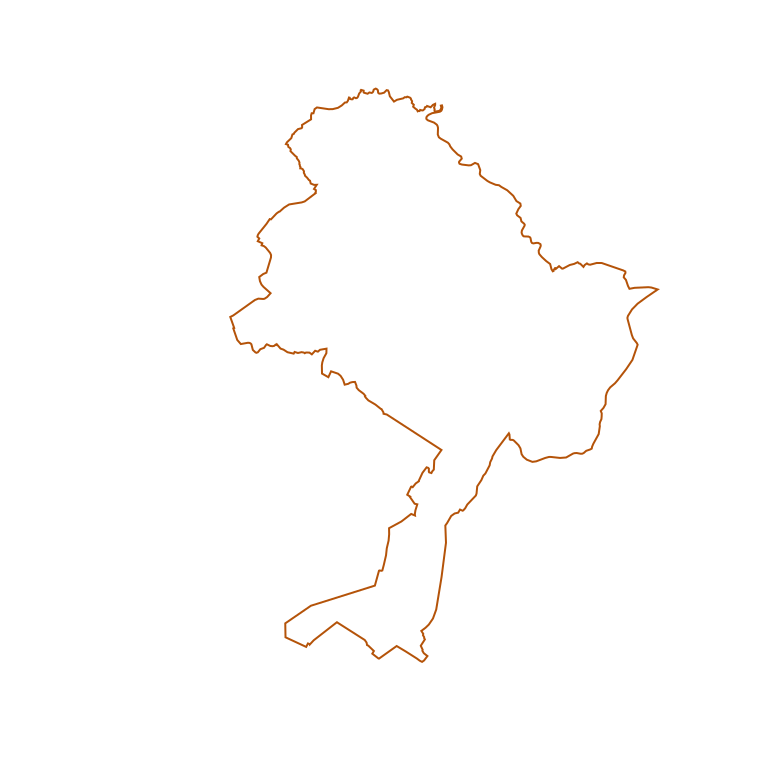 Mueang Chai Nat, Chai Nat, Thailand (orthographic projection), rotated 122°
{"feature_id": "78962969B26983912705039", "entity_name": "Mueang Chai Nat", "entity_type": "district", "adm_level": 2, "iso_a3": "THA", "parent_name": "Thailand", "parent_adm1": "Chai Nat", "projection": "orthographic", "projection_center": [100.119, 15.184], "detail": "fine", "context": "isolated", "style": "outline", "palette": "amber", "viewbox_px": 768, "rotation_deg": 122, "n_neighbors": 0, "source": "geoboundaries", "source_scale": "gbopen_adm2", "svg_char_len": 6166}
<svg xmlns="http://www.w3.org/2000/svg" viewBox="0 0 768 768"><g transform="rotate(122 384 384)"><path d="M192.7,588.8L194.9,588.2L198.2,586.1L207.8,590.8L209.5,589.5L210.7,589.4L213.4,592.0L218.5,593.2L219.6,593.0L220.9,593.9L224.6,592.9L230.5,594.4L232.5,594.3L232.0,592.2L233.6,590.8L233.7,588.8L234.4,587.4L236.1,586.7L237.6,580.1L237.7,578.3L238.8,577.5L239.8,574.7L240.9,573.1L242.4,572.3L242.7,571.6L243.8,570.8L244.1,570.0L245.5,569.3L245.0,568.3L244.9,566.8L246.0,564.6L247.4,563.9L248.4,562.1L249.2,561.4L249.8,558.5L250.8,555.8L250.8,554.5L252.8,552.4L252.2,548.8L250.7,546.6L255.7,546.7L255.7,544.5L257.2,543.6L258.1,543.6L258.3,543.1L271.2,548.0L273.6,550.0L282.0,559.6L287.4,562.2L293.2,563.9L293.6,564.4L296.3,565.5L304.3,567.1L304.7,568.3L310.4,568.5L322.9,570.0L324.7,569.9L326.2,569.4L326.7,566.9L329.8,566.7L329.1,561.8L331.3,561.3L330.7,559.1L330.9,556.7L333.2,550.0L334.5,548.1L336.6,546.9L351.9,542.7L354.7,544.7L359.4,546.5L362.5,543.7L364.6,540.6L365.5,537.7L367.1,528.3L372.2,529.2L375.0,530.5L375.9,531.5L378.2,535.8L381.2,538.0L405.8,548.2L408.6,549.9L415.9,540.7L416.7,541.3L424.4,531.8L426.0,526.6L421.1,521.2L420.4,519.8L420.3,518.6L420.6,517.5L424.6,513.3L425.3,509.9L425.2,508.8L424.0,507.8L420.0,507.3L416.9,504.9L413.3,504.7L412.4,504.4L412.0,500.6L411.0,498.5L409.8,497.3L408.1,496.8L408.1,496.2L407.1,496.0L408.8,490.5L408.1,487.4L408.2,482.7L406.1,476.7L404.2,476.8L403.3,473.4L400.7,470.8L399.8,468.6L399.9,467.5L398.6,466.8L396.9,463.9L397.1,460.9L392.3,460.0L391.6,457.2L388.9,456.4L384.5,451.5L388.4,449.2L394.1,448.9L398.3,447.8L401.1,446.6L408.0,442.1L407.7,434.8L401.3,435.6L399.6,428.4L400.1,425.1L402.1,420.9L405.4,417.0L402.8,414.4L400.9,413.5L399.2,411.9L397.6,409.7L399.9,406.6L401.6,405.3L402.6,402.1L403.1,396.1L404.0,393.5L404.7,393.5L405.3,392.0L406.2,388.6L406.0,380.4L406.8,373.5L406.6,372.8L408.4,369.4L409.5,368.6L408.4,365.5L409.5,300.3L422.0,301.0L430.2,296.4L432.5,296.8L434.4,296.6L435.0,298.9L434.6,299.5L432.0,301.1L431.7,302.1L432.1,303.7L438.9,304.3L447.7,303.2L448.0,302.9L451.5,304.4L456.3,305.0L456.4,306.3L456.8,306.6L465.6,305.6L465.6,302.2L466.0,302.3L469.3,294.6L468.4,292.0L474.5,290.4L478.0,288.9L479.1,288.0L479.8,292.1L491.4,296.4L503.6,303.3L508.7,300.0L514.4,297.1L521.8,294.6L528.2,291.5L537.5,288.3L543.0,286.6L543.7,287.1L544.6,289.1L545.0,289.3L559.8,284.9L610.8,328.5L639.3,340.9L651.0,333.3L648.2,310.7L644.3,311.0L644.0,309.3L644.3,308.9L638.6,307.8L611.0,297.7L611.3,264.7L612.5,261.8L614.4,260.0L614.2,258.7L615.8,251.1L618.9,251.0L619.7,243.3L619.5,242.7L599.5,234.4L599.3,223.9L599.4,210.6L599.7,207.1L599.5,204.5L597.2,203.5L591.7,203.0L591.2,207.6L589.9,210.1L588.9,210.4L586.5,214.1L578.9,214.0L578.3,215.2L577.4,215.8L576.4,217.8L575.1,218.3L573.6,221.5L568.7,219.6L564.3,218.5L556.9,218.2L547.6,220.2L517.2,232.9L485.8,247.3L471.5,257.0L468.4,256.8L460.3,257.1L456.4,255.5L453.8,252.9L450.2,253.0L449.8,250.2L449.2,249.8L446.4,249.3L442.1,249.5L429.9,247.0L427.8,247.5L421.4,250.7L413.9,250.5L409.1,251.2L406.2,250.6L397.0,251.3L394.0,252.5L389.9,252.9L388.0,253.6L380.6,253.8L359.6,252.0L360.3,250.9L364.4,247.9L364.3,247.1L363.2,245.2L363.1,244.0L364.6,237.5L366.3,234.2L370.6,230.1L371.9,227.3L372.5,222.8L371.4,216.9L368.9,213.9L361.3,208.1L358.5,205.5L357.5,204.0L353.4,195.5L349.8,190.6L342.8,186.8L341.7,185.8L340.4,184.0L339.0,180.4L338.1,179.0L336.8,178.1L333.5,177.1L330.3,174.5L328.7,173.6L326.9,174.3L323.7,174.8L312.7,175.4L305.4,178.6L303.9,179.8L301.7,180.6L298.6,181.0L296.4,182.1L293.5,183.8L292.0,185.9L288.1,185.2L283.7,185.4L276.6,189.5L273.5,190.4L270.5,190.7L267.0,190.4L261.0,188.5L257.3,187.9L243.2,186.5L231.9,186.1L216.7,189.6L216.3,189.7L215.3,191.3L213.3,196.9L211.1,199.8L200.1,211.6L199.0,212.6L197.0,213.2L189.3,213.2L181.5,211.5L170.9,207.3L158.8,202.0L160.5,208.4L161.8,211.1L169.6,222.4L173.2,226.3L171.5,229.1L167.5,234.0L166.5,237.2L164.6,238.0L161.8,238.1L160.7,239.0L160.9,241.3L166.0,263.4L168.6,267.7L173.6,272.4L174.3,274.1L174.2,275.8L176.8,276.9L179.0,276.9L178.0,281.3L178.4,282.3L178.1,284.3L181.4,286.4L184.6,289.5L191.3,293.4L191.8,294.1L191.3,298.0L195.4,299.3L194.9,300.1L195.1,300.4L197.6,300.5L198.3,300.1L199.0,300.6L197.9,302.8L194.2,306.7L193.8,311.6L192.7,317.4L191.6,321.0L190.7,322.2L188.9,323.5L184.4,324.1L183.3,324.6L182.5,325.5L182.6,327.9L183.5,329.5L185.6,331.8L186.0,333.1L185.4,334.5L182.6,337.1L182.2,338.1L182.4,339.6L184.7,343.6L184.6,344.9L183.5,346.7L182.6,347.6L180.7,348.4L175.2,348.7L174.3,349.1L173.8,350.1L173.3,353.6L170.8,356.2L170.4,360.5L169.4,362.1L164.5,362.7L160.5,362.4L158.7,364.0L158.7,368.6L155.9,374.1L154.4,382.2L154.7,388.9L154.5,391.8L155.9,394.9L156.9,401.1L157.0,403.9L156.2,412.4L155.1,414.1L151.6,415.7L147.7,420.7L148.3,424.0L152.4,426.2L153.7,428.0L156.6,434.2L157.2,436.6L156.5,437.7L155.6,438.1L151.7,437.5L150.2,439.1L150.3,443.2L148.7,450.2L147.4,453.7L146.1,455.6L145.5,457.7L145.9,465.9L145.7,468.2L143.9,470.6L138.2,473.9L136.9,475.2L136.1,476.6L135.8,480.1L137.1,486.4L136.9,488.2L136.3,488.9L135.2,489.4L133.7,489.3L132.1,488.8L128.8,486.7L123.5,480.9L122.0,480.2L120.5,480.3L118.3,481.1L117.0,482.5L117.8,483.3L119.2,481.8L121.8,481.4L123.2,482.0L126.1,485.2L125.9,485.5L125.1,486.3L124.2,486.6L123.1,488.0L120.2,488.5L119.3,489.1L121.3,490.4L124.6,491.1L125.4,494.8L126.1,494.7L127.7,495.9L129.1,495.3L131.2,495.9L131.8,496.6L132.4,498.6L133.7,498.5L134.1,499.4L134.9,499.9L133.9,501.5L133.9,503.0L133.4,506.2L131.4,506.7L130.9,509.4L129.3,510.0L128.4,511.8L127.6,512.6L127.4,513.7L127.9,516.4L128.2,516.7L128.9,516.8L129.8,518.4L131.6,519.1L136.1,523.6L139.2,525.2L136.9,531.5L133.9,534.6L132.9,536.2L133.4,537.5L136.9,538.3L139.1,540.3L140.3,541.9L140.1,543.3L138.1,544.9L137.7,546.6L137.9,547.6L139.8,548.7L141.9,548.1L143.1,548.3L143.7,548.7L144.5,550.9L146.5,551.7L147.6,555.3L147.4,555.9L146.0,556.7L146.7,559.3L147.3,559.4L148.2,558.6L150.8,559.0L154.2,558.3L155.5,558.4L156.5,559.2L156.8,561.2L157.6,561.6L159.1,561.5L159.6,562.0L160.2,563.6L159.4,564.8L159.6,565.5L162.9,564.7L164.9,564.8L166.0,566.3L170.1,567.4L174.2,569.4L178.1,573.2L180.3,576.6L185.0,587.4L187.6,588.5L191.8,587.3L192.7,588.8Z" fill="none" stroke="#b45309" stroke-width="2"/></g></svg>